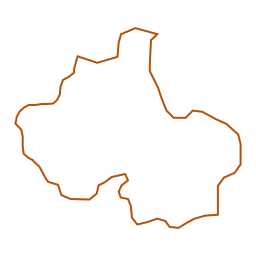 Cheongyang-gun, South Chungcheong, South Korea (Mercator projection)
{"feature_id": "91817680B7861346133014", "entity_name": "Cheongyang-gun", "entity_type": "district", "adm_level": 2, "iso_a3": "KOR", "parent_name": "South Korea", "parent_adm1": "South Chungcheong", "projection": "mercator", "projection_center": [126.839, 36.437], "detail": "fine", "context": "isolated", "style": "outline", "palette": "amber", "viewbox_px": 256, "rotation_deg": 0, "n_neighbors": 0, "source": "geoboundaries", "source_scale": "gbopen_adm2", "svg_char_len": 1068}
<svg xmlns="http://www.w3.org/2000/svg" viewBox="0 0 256 256"><path d="M157.3,34.2L135.4,28.1L121.1,34.1L118.7,42.4L117.5,56.8L97.2,62.8L77.6,56.3L74.1,68.7L74.1,72.6L69.2,76.6L62.9,80.0L60.4,87.3L59.9,94.2L57.0,100.1L53.1,103.5L47.7,104.0L41.8,104.0L35.4,105.0L28.6,105.0L24.2,107.4L19.8,111.3L16.8,116.7L16.6,117.9L15.4,123.6L21.2,129.5L22.7,136.3L22.7,146.6L23.7,153.9L28.6,157.9L33.0,160.3L33.5,161.3L39.4,166.7L45.7,178.4L47.2,180.5L48.2,181.9L58.0,184.8L61.4,195.1L70.7,199.0L89.3,199.5L96.7,193.6L98.6,185.3L104.5,182.4L111.8,177.0L125.1,174.0L128.0,180.4L121.6,185.3L118.7,191.7L120.7,197.5L128.0,199.0L130.9,206.3L131.9,217.6L137.3,224.5L147.6,222.0L157.4,218.6L165.2,221.0L169.6,226.9L178.4,227.9L187.3,222.5L194.6,218.6L204.9,215.7L217.9,214.7L217.9,211.0L217.9,200.3L217.9,185.9L223.9,177.6L234.7,172.8L240.6,164.4L240.6,153.6L240.6,144.1L238.2,134.5L226.3,123.8L215.5,119.0L202.4,111.8L192.8,110.6L185.6,117.8L173.7,117.8L166.5,110.6L161.7,98.6L158.1,87.9L149.8,71.1L149.8,64.0L151.0,40.1L157.3,34.2Z" fill="none" stroke="#b45309" stroke-width="2"/></svg>